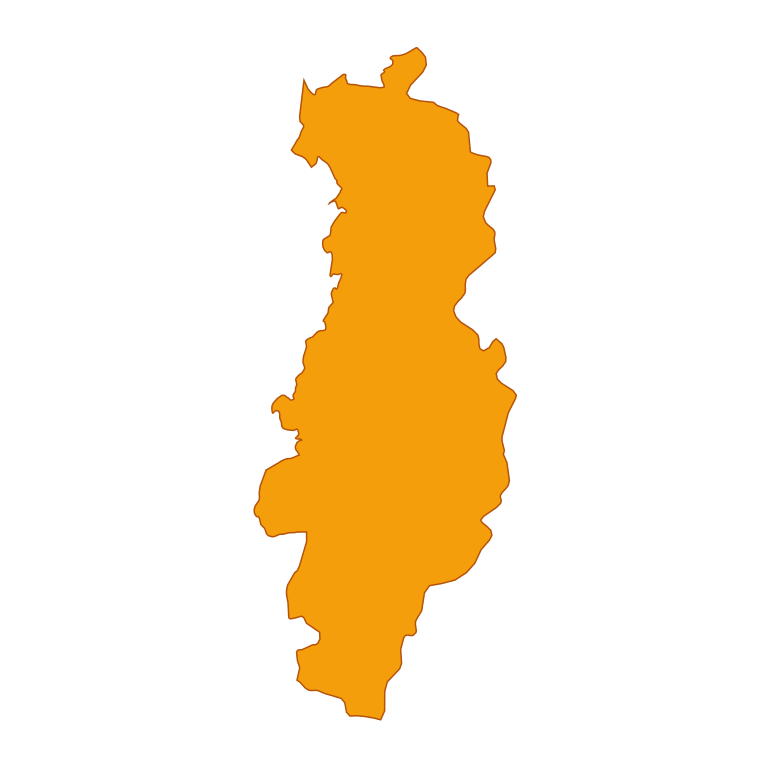 SVG path tracing the border of Prešov, rotated 89°
{"feature_id": "SVK-1058", "entity_name": "Prešov", "entity_type": "Region", "adm_level": 1, "iso_a3": "SVK", "parent_name": "Slovakia", "parent_adm1": "", "projection": "orthographic", "projection_center": [21.049, 49.105], "detail": "fine", "context": "isolated", "style": "filled", "palette": "amber", "viewbox_px": 768, "rotation_deg": 89, "n_neighbors": 0, "source": "natural_earth", "source_scale": "10m", "svg_char_len": 6100}
<svg xmlns="http://www.w3.org/2000/svg" viewBox="0 0 768 768"><g transform="rotate(89 384 384)"><path d="M397.5,251.9L400.9,252.8L414.9,260.2L439.3,267.0L443.4,266.9L452.7,264.8L456.4,265.9L464.7,262.5L482.6,260.3L487.3,261.5L489.8,263.2L494.5,267.7L497.0,269.4L498.9,269.7L502.8,268.8L505.3,269.5L509.5,273.8L518.0,286.7L521.9,289.8L524.5,288.0L528.0,283.8L532.3,279.7L537.3,278.8L541.9,281.3L551.2,289.7L564.7,296.3L573.9,304.7L581.2,316.3L584.5,329.8L586.4,342.0L593.5,347.2L611.4,350.3L619.6,355.5L622.5,356.7L625.0,356.8L631.1,356.0L633.1,356.4L635.9,359.4L636.0,362.1L635.3,364.6L635.9,367.0L637.8,368.6L649.7,372.0L663.6,371.3L669.0,373.3L681.9,385.9L691.2,388.6L710.9,389.1L719.7,393.2L717.9,399.6L716.2,408.4L715.2,417.3L715.4,423.8L711.6,427.2L701.9,428.8L697.6,432.3L692.4,448.6L689.4,455.4L689.1,457.3L689.2,462.3L688.8,464.6L686.5,468.1L680.5,473.4L678.6,476.2L666.8,473.3L665.5,473.4L659.1,475.4L650.8,476.1L649.5,475.6L648.6,474.7L648.3,472.8L648.1,470.3L644.0,461.1L643.5,459.3L643.5,457.9L643.2,456.4L642.3,454.9L637.9,452.5L631.1,452.7L621.8,465.7L616.5,468.1L615.0,469.8L614.9,470.7L614.9,471.6L616.2,476.0L616.9,479.7L617.1,481.5L616.8,482.7L616.3,483.0L615.4,483.3L600.8,483.8L593.3,485.1L588.6,485.1L583.2,483.8L571.6,476.9L570.1,475.5L570.1,475.0L569.5,474.3L568.1,473.5L564.7,471.8L540.2,464.1L530.6,464.0L530.5,473.7L530.9,475.2L531.0,476.3L531.1,481.3L531.3,482.8L532.5,487.5L532.4,489.9L532.5,490.9L532.9,492.1L534.3,495.4L534.7,497.0L534.8,498.4L534.4,500.0L533.6,502.1L532.6,503.3L531.2,504.2L526.4,505.8L522.3,509.6L516.6,510.8L514.9,511.6L514.6,512.1L514.3,513.4L513.9,514.0L513.2,514.6L512.2,515.2L510.8,515.7L508.8,516.1L506.4,515.8L503.6,514.9L498.8,511.4L497.0,510.7L494.9,510.5L490.5,510.7L484.0,509.6L468.0,503.4L460.6,490.2L459.4,488.4L458.0,485.4L457.2,483.1L456.8,479.2L456.5,477.4L453.5,470.0L450.0,471.8L449.3,472.5L448.2,473.2L446.1,473.8L444.2,473.5L440.9,471.9L439.8,470.5L439.2,469.3L439.0,468.3L438.7,467.4L438.3,467.4L437.7,468.1L437.5,471.0L437.2,472.5L436.8,473.3L436.1,473.1L435.1,471.9L433.3,470.4L432.3,470.1L431.1,470.2L428.7,471.0L427.8,471.6L427.5,472.3L428.4,473.9L428.7,474.8L428.8,476.0L428.2,481.0L427.4,483.7L426.7,485.4L425.8,486.2L424.9,486.7L424.1,486.9L420.0,487.4L417.1,488.6L415.9,488.8L412.3,488.8L411.0,489.0L410.0,489.4L409.4,490.1L409.0,490.9L408.8,491.7L408.9,492.5L409.1,493.3L409.5,493.9L411.1,495.3L411.2,495.6L410.9,495.9L410.2,496.2L406.8,496.6L403.8,496.3L401.0,494.9L396.4,490.7L393.6,486.3L393.5,484.5L393.7,483.7L394.2,482.9L395.7,481.1L396.0,480.3L396.6,479.6L398.1,478.1L398.4,477.5L398.5,476.9L398.1,475.6L397.9,475.0L397.6,474.5L396.9,474.3L395.3,475.0L393.9,475.1L392.7,474.7L390.9,473.4L389.2,472.6L386.7,472.6L383.0,471.2L377.9,472.2L376.4,471.6L374.2,469.5L372.9,468.1L371.7,466.2L371.0,465.5L368.0,463.5L367.0,463.2L365.8,463.1L361.2,464.6L360.0,464.6L355.2,464.0L345.6,460.8L342.1,461.2L340.4,461.6L339.4,461.3L338.4,460.3L337.0,458.1L336.2,455.9L336.1,455.3L335.4,454.3L331.2,450.2L330.1,448.5L329.6,446.7L329.6,444.8L329.5,443.8L328.9,441.8L327.9,441.3L326.4,441.1L323.0,441.6L321.5,442.1L320.6,442.6L320.4,443.1L320.1,443.6L319.0,443.4L311.9,438.7L306.6,437.9L301.6,433.4L293.6,435.1L292.4,435.0L290.8,434.6L288.0,433.2L287.2,432.3L287.1,431.3L288.1,430.2L287.9,429.4L286.6,428.7L282.6,427.7L276.7,425.0L273.9,424.3L273.2,424.5L272.9,425.5L273.1,426.3L273.7,427.6L273.8,428.6L273.6,429.7L273.3,431.2L273.2,432.9L273.5,433.3L273.9,433.7L275.6,435.0L275.5,435.4L275.1,435.8L274.2,436.1L258.4,433.4L253.8,433.6L252.2,434.1L251.2,434.6L250.9,435.1L250.9,435.7L251.0,436.3L251.7,437.8L251.8,438.3L251.7,438.7L250.4,440.1L249.7,440.7L248.6,441.4L246.0,442.6L242.9,442.9L239.9,442.7L238.4,442.0L235.3,436.8L234.9,435.8L233.6,435.2L231.5,434.7L226.2,434.1L220.2,430.5L213.6,425.3L212.2,424.0L211.7,422.9L212.3,420.1L212.1,419.1L210.8,418.6L209.7,418.9L207.7,420.9L206.9,422.2L206.6,423.5L207.9,425.8L208.0,426.5L207.1,427.0L201.1,429.0L200.4,429.4L200.3,429.9L200.3,430.8L200.8,432.7L201.2,433.7L201.6,434.4L202.3,435.1L202.5,435.5L202.0,435.2L201.1,434.1L197.2,428.4L191.5,424.4L189.7,424.0L189.4,423.5L188.8,423.0L188.2,422.7L187.1,423.2L183.2,427.0L182.0,427.6L181.2,427.7L180.7,427.4L180.0,427.5L179.3,427.9L177.6,429.4L166.5,434.2L163.1,436.3L161.8,437.6L158.6,442.1L155.6,444.9L155.5,445.7L156.2,446.5L159.1,447.0L162.4,448.1L166.0,452.8L158.5,457.6L157.1,459.0L155.3,461.5L152.3,469.0L148.5,472.5L138.3,466.3L136.5,464.8L135.1,464.1L130.2,462.4L125.6,459.9L123.9,459.9L119.9,463.4L115.1,463.7L78.9,458.7L87.5,454.9L90.2,452.9L93.0,450.0L93.6,448.5L93.0,447.6L90.2,447.0L89.0,446.5L88.2,445.7L87.7,444.6L87.2,443.1L86.2,439.3L85.9,436.0L85.1,434.1L83.9,432.5L82.4,431.0L74.0,419.6L73.7,418.0L74.0,417.0L74.9,416.8L76.7,417.1L78.0,417.0L80.8,415.8L82.5,415.6L83.4,414.6L83.9,412.3L84.2,407.5L85.5,402.0L85.8,398.8L86.0,394.5L87.7,383.2L87.5,380.2L86.9,378.6L85.5,378.7L84.2,379.1L80.8,380.7L75.8,381.5L74.8,381.5L74.0,380.8L73.3,379.7L72.5,378.3L71.8,377.9L71.1,378.2L70.5,378.9L69.7,378.5L68.7,377.1L67.2,373.3L66.0,371.2L64.5,369.8L63.0,369.5L61.1,369.6L60.1,370.2L59.3,371.2L58.8,371.9L58.1,372.0L57.3,371.5L56.1,369.4L55.9,366.9L55.8,362.2L54.9,358.6L53.7,355.5L48.6,346.4L48.3,345.2L53.3,340.2L57.9,336.9L65.9,336.1L72.9,339.9L85.6,352.2L93.9,356.4L98.9,352.7L101.6,343.1L103.2,329.7L106.3,326.0L108.1,321.8L109.6,317.2L114.5,306.5L116.0,304.6L116.6,305.2L122.1,305.9L124.6,303.7L130.1,297.2L133.9,295.1L153.3,293.6L154.5,291.9L156.4,286.6L157.7,281.1L158.3,277.6L159.2,275.2L161.8,273.3L164.8,273.3L175.0,277.3L187.9,276.9L187.9,270.3L191.8,269.4L212.9,280.4L218.3,281.8L224.3,279.7L227.1,277.0L231.2,272.1L233.7,270.7L236.0,270.5L241.4,271.4L250.9,269.9L254.8,270.6L276.9,297.3L280.8,300.2L286.4,301.1L290.7,300.9L294.6,301.5L299.3,305.0L303.4,309.2L307.5,312.2L312.1,313.1L317.9,311.0L323.4,306.3L331.5,294.3L336.7,289.3L340.6,288.4L345.9,288.4L350.5,287.4L352.6,283.9L349.5,278.1L343.7,274.6L340.7,271.1L345.8,265.4L349.6,263.6L359.7,261.6L363.6,261.9L368.1,265.0L371.7,269.0L375.5,271.6L380.9,270.7L385.2,266.7L392.9,255.1L397.5,251.9Z" fill="#f59e0b" stroke="#b45309" stroke-width="1.5"/></g></svg>